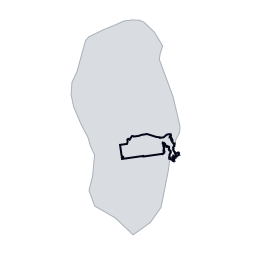 location of 72, Ar Rayyān, Qatar, rotated 172°
{"feature_id": "91078587B78903366981324", "entity_name": "72", "entity_type": "district", "adm_level": 2, "iso_a3": "QAT", "parent_name": "Qatar", "parent_adm1": "Ar Rayyān", "projection": "mercator", "projection_center": [50.849, 25.539], "detail": "fine", "context": "in_parent", "style": "outline", "palette": "ink", "viewbox_px": 256, "rotation_deg": 172, "n_neighbors": 0, "source": "geoboundaries", "source_scale": "gbopen_adm2", "svg_char_len": 4549}
<svg xmlns="http://www.w3.org/2000/svg" viewBox="0 0 256 256"><g transform="rotate(172 128 128)"><path d="M138.4,228.8L127.6,231.5L117.3,234.5L108.7,234.4L101.9,233.2L97.3,230.4L88.5,219.2L82.3,204.5L86.1,196.4L87.4,191.3L79.0,152.7L76.3,122.9L77.3,116.8L82.1,109.8L90.1,94.3L94.3,79.3L106.4,44.7L119.1,31.3L137.8,21.5L153.1,40.7L171.8,55.3L175.3,71.7L169.8,85.0L164.8,106.1L167.8,115.8L168.9,124.2L174.0,138.3L178.9,156.6L179.7,169.3L177.1,181.1L170.6,191.0L157.8,220.7L154.0,223.8L138.4,228.8Z" fill="#d9dde1" stroke="#a8b0b8" stroke-width="1"/><path d="M138.2,98.2L116.7,98.2L116.7,97.6L96.8,97.6L96.7,97.8L96.7,97.7L96.5,97.8L96.3,98.0L96.2,98.5L95.8,98.5L95.8,99.1L95.4,99.3L95.5,99.4L95.7,99.5L95.8,99.6L95.9,99.9L96.0,100.1L96.1,100.3L96.1,100.5L95.9,100.6L95.8,100.9L95.6,100.9L95.7,101.1L95.4,101.2L95.4,101.5L95.4,102.1L95.4,102.4L95.2,102.4L95.2,102.6L95.1,102.8L95.2,103.4L95.1,103.5L94.9,103.7L94.7,103.8L94.8,104.1L94.9,104.3L95.0,104.3L95.1,104.5L95.5,104.8L95.6,105.2L95.6,105.3L95.4,105.7L95.2,105.9L94.7,106.2L94.7,106.4L94.7,107.0L95.0,107.4L95.5,107.5L95.8,107.7L95.8,107.8L95.7,107.8L95.8,108.0L95.8,108.3L95.6,108.7L95.4,108.6L95.4,108.2L94.5,108.3L94.4,108.1L94.2,107.7L94.4,107.7L94.5,107.6L94.4,107.6L94.2,107.5L94.2,107.4L93.8,107.3L93.8,107.1L93.6,107.1L93.6,106.7L93.7,106.4L93.6,105.9L93.4,105.5L93.2,105.5L93.1,105.3L92.8,105.3L92.6,105.2L92.7,104.8L92.6,104.6L92.2,104.4L92.0,104.5L91.9,104.5L91.9,104.4L91.7,104.4L91.6,104.5L91.5,104.4L91.4,104.4L91.2,104.3L91.2,104.0L91.2,103.8L91.3,103.7L90.6,103.6L90.5,103.9L90.4,103.9L90.1,103.8L90.0,103.6L90.0,102.9L90.2,102.5L90.3,101.8L90.5,101.1L90.4,101.0L90.5,100.9L90.3,100.7L90.2,100.4L90.2,100.1L90.1,99.9L89.9,99.9L89.6,99.9L89.2,99.7L89.0,99.1L89.1,98.7L89.0,98.1L89.2,97.6L90.0,97.0L90.1,96.8L90.2,96.6L90.5,96.0L90.7,95.3L90.7,95.2L90.7,94.9L90.8,94.8L90.8,94.4L91.1,93.9L91.1,93.7L91.3,93.4L91.4,93.1L91.3,92.9L91.3,92.7L91.4,92.4L91.3,92.5L91.3,92.4L91.4,91.9L91.4,91.7L90.9,91.6L90.7,91.6L90.6,91.8L90.7,92.0L90.2,92.1L90.2,91.9L90.0,91.7L89.9,91.6L89.9,91.4L89.9,91.2L89.7,91.0L89.7,90.8L89.3,90.5L89.2,90.5L89.0,90.4L88.8,90.5L88.7,90.7L88.7,90.8L88.2,90.8L88.3,90.6L88.2,90.7L88.1,90.4L87.9,90.5L87.7,90.6L87.7,90.4L87.7,90.1L87.4,89.6L87.4,89.4L87.5,89.3L87.4,89.2L87.6,89.2L87.6,89.3L87.7,89.2L87.4,89.1L87.5,88.9L87.4,88.8L87.3,89.0L87.0,89.1L87.0,89.3L86.9,89.4L87.0,89.6L87.3,90.0L86.9,90.3L87.1,90.5L87.3,90.8L87.3,91.0L87.2,91.0L87.1,91.3L86.9,91.4L86.6,91.4L86.3,91.5L86.5,91.6L86.8,91.7L86.8,91.9L86.8,92.1L86.9,92.3L87.0,92.3L87.2,92.6L87.5,92.7L87.5,92.8L88.1,93.2L88.1,93.3L88.1,93.5L88.3,93.9L88.2,93.8L88.2,93.7L87.9,93.6L87.9,93.4L87.6,93.1L87.4,93.0L87.1,92.8L86.9,92.7L86.6,92.8L86.4,92.7L86.2,92.8L86.3,93.1L86.4,93.3L86.6,93.4L86.8,93.7L87.0,93.9L86.9,94.2L86.7,94.0L86.7,93.8L86.5,93.6L86.3,93.6L86.2,93.5L86.0,93.1L85.6,93.0L85.4,93.1L84.5,92.9L84.5,93.1L84.5,93.3L84.4,93.3L84.3,93.6L84.1,93.6L84.0,93.8L83.9,94.0L83.7,93.8L83.6,93.7L83.8,93.6L83.9,93.4L83.9,93.2L84.0,93.1L83.9,93.0L83.7,93.0L83.6,93.3L83.7,93.5L83.5,93.4L83.3,93.5L82.7,93.8L82.4,93.9L82.2,93.9L81.9,94.0L81.9,94.3L81.8,94.5L81.7,94.5L81.8,94.6L81.2,95.4L81.2,95.5L81.0,96.0L81.4,96.2L81.6,96.4L81.6,96.8L82.2,96.9L82.6,97.3L82.5,97.1L82.6,96.9L83.1,96.4L83.6,96.2L84.2,96.0L84.8,96.1L85.1,96.3L85.1,96.6L84.9,96.9L85.2,97.4L85.1,97.6L85.3,97.7L85.3,97.9L85.4,98.1L85.6,98.4L85.7,98.7L85.8,98.7L86.0,99.2L85.9,99.5L86.1,99.7L86.2,100.2L86.1,100.4L86.2,100.7L85.7,101.2L85.7,101.3L85.9,101.4L85.9,101.6L86.0,101.7L86.1,102.1L85.7,102.9L85.6,103.1L85.4,103.3L85.2,103.5L84.9,103.6L84.7,103.6L84.7,103.8L84.6,104.0L84.6,104.4L84.6,104.6L84.4,104.7L84.4,105.0L84.2,105.2L84.2,105.3L84.1,105.5L84.2,105.8L84.1,106.0L84.7,106.0L85.1,106.2L85.1,106.5L85.2,106.8L85.8,107.3L86.0,107.8L86.1,108.0L86.0,108.5L85.8,108.7L85.8,108.9L86.2,109.1L86.2,109.3L86.4,109.5L86.6,109.8L86.8,110.2L87.0,110.4L87.0,110.6L86.8,110.8L86.6,110.7L86.5,110.8L86.5,110.7L86.4,110.8L86.4,111.0L86.0,110.9L86.1,111.2L86.2,111.4L86.3,111.5L86.4,111.8L86.5,112.0L86.5,111.9L86.8,112.1L86.8,112.3L87.0,112.3L87.0,112.6L87.3,112.7L87.5,112.8L87.6,113.0L87.4,113.2L87.7,113.4L87.8,113.6L87.6,113.8L87.8,113.7L87.7,114.0L87.7,113.9L87.3,114.2L86.5,114.5L86.6,115.9L87.5,116.1L90.3,116.1L94.1,113.8L97.7,113.8L97.7,114.3L101.4,115.3L110.0,119.4L115.7,119.3L118.3,118.7L123.4,118.7L124.3,119.4L125.3,119.4L128.0,116.2L129.0,117.2L129.5,117.2L130.3,116.5L130.3,114.4L131.2,112.4L138.2,112.4L138.2,101.4L136.8,100.1L136.8,99.4L138.2,99.4L138.2,98.2Z" fill="none" stroke="#020617" stroke-width="2"/></g></svg>